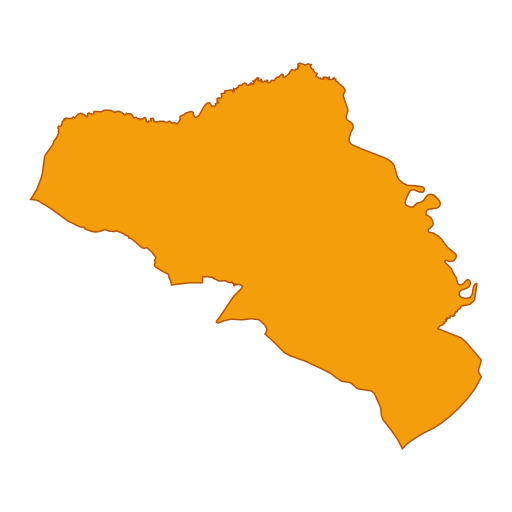 At Samat, Roi Et, Thailand
{"feature_id": "78962969B71289419444255", "entity_name": "At Samat", "entity_type": "district", "adm_level": 2, "iso_a3": "THA", "parent_name": "Thailand", "parent_adm1": "Roi Et", "projection": "mercator", "projection_center": [103.844, 15.828], "detail": "fine", "context": "isolated", "style": "filled", "palette": "amber", "viewbox_px": 512, "rotation_deg": 0, "n_neighbors": 0, "source": "geoboundaries", "source_scale": "gbopen_adm2", "svg_char_len": 5951}
<svg xmlns="http://www.w3.org/2000/svg" viewBox="0 0 512 512"><path d="M337.5,81.7L335.5,80.8L335.8,79.0L334.3,79.1L334.0,77.6L333.0,78.3L332.8,79.2L330.0,79.6L328.3,79.5L329.3,78.3L329.1,77.1L328.1,77.4L327.5,78.1L326.6,78.0L325.9,77.1L323.5,77.2L323.2,77.6L323.9,78.6L323.4,79.2L320.8,78.7L320.5,78.1L319.4,78.4L318.9,77.8L315.8,76.4L317.2,73.6L314.7,72.5L313.4,69.6L311.2,68.4L311.2,67.6L310.4,66.6L311.4,64.6L307.7,63.9L305.5,65.0L300.0,63.2L298.8,63.5L297.9,64.4L297.9,65.2L299.3,66.0L298.8,66.7L297.5,67.1L297.9,68.1L297.7,69.2L295.8,69.1L294.8,70.5L291.7,69.6L289.6,72.1L289.0,73.7L284.7,77.3L283.0,77.0L283.2,74.8L282.3,74.2L280.2,75.5L278.8,77.1L276.8,77.2L274.4,80.6L271.8,80.2L270.1,82.2L268.9,82.7L267.6,82.5L267.7,80.8L267.0,80.1L266.4,80.4L266.0,81.6L264.7,81.1L263.8,82.1L261.6,82.2L261.3,81.6L261.9,80.7L261.2,79.4L260.6,79.4L259.6,81.0L258.2,80.7L257.9,79.9L259.1,78.2L257.6,77.8L256.6,78.3L256.4,79.5L255.3,79.5L255.3,80.9L252.9,81.0L253.1,81.7L254.1,82.3L253.8,83.9L251.5,83.7L251.1,82.9L250.4,83.4L250.5,84.7L249.5,84.4L249.0,85.0L246.9,85.3L246.2,83.7L244.8,82.9L242.8,84.0L241.7,85.5L240.0,85.1L238.5,85.8L238.2,87.5L236.8,87.9L236.3,89.1L235.2,88.7L234.2,89.1L233.7,88.7L233.5,89.3L234.2,89.8L234.2,91.3L233.3,91.7L232.7,91.6L232.6,90.4L231.1,89.9L224.8,91.0L224.8,93.2L221.8,93.5L221.1,94.0L222.0,96.3L221.2,97.6L220.4,98.2L219.4,98.0L218.7,98.5L218.1,98.0L217.1,98.6L216.9,99.9L217.7,100.6L217.1,101.7L218.4,102.6L215.5,103.8L215.6,105.2L214.7,106.2L214.2,106.5L213.2,106.0L211.9,106.5L209.7,102.8L207.4,103.0L205.1,105.0L203.8,106.9L199.1,115.3L196.3,117.4L195.3,117.4L194.5,116.8L193.3,114.3L193.4,112.6L191.7,111.6L190.8,111.5L185.2,113.3L184.6,114.6L183.1,114.7L181.8,115.8L180.1,116.3L179.8,117.4L180.5,118.8L178.2,122.8L176.9,123.9L174.2,122.6L171.5,123.4L171.0,122.3L169.6,121.1L166.5,122.5L163.5,121.3L159.8,121.2L156.2,122.3L154.8,121.4L153.7,121.3L153.6,119.2L152.8,118.4L150.5,118.5L151.2,120.7L150.5,121.2L149.0,121.0L148.4,122.0L147.7,122.3L146.3,121.5L146.1,119.0L145.3,117.7L144.4,117.6L142.2,119.0L140.9,118.9L139.5,119.7L138.8,118.4L137.5,118.6L136.0,117.3L134.1,118.0L132.8,116.5L132.6,115.3L130.5,113.6L128.2,113.9L126.4,113.3L125.6,114.6L124.6,114.7L121.2,112.2L118.3,111.2L114.8,112.3L110.8,110.4L106.7,110.1L103.7,110.4L101.6,111.8L94.7,111.4L93.8,112.0L94.3,112.8L93.5,113.8L92.7,114.1L89.7,113.8L88.9,112.8L87.7,113.6L87.4,116.4L86.6,117.0L84.4,114.7L80.4,113.3L78.1,114.1L74.7,117.8L73.2,116.9L71.8,118.4L68.9,118.6L66.2,118.0L64.9,118.7L65.0,119.5L63.9,119.3L63.4,120.8L62.1,121.8L62.3,123.3L60.8,126.2L58.6,126.2L57.8,128.0L58.7,129.0L58.3,131.1L58.8,132.2L58.2,134.3L56.4,138.0L53.5,141.6L53.7,142.5L52.3,145.2L45.4,154.9L44.4,157.6L42.4,173.2L40.7,179.5L36.9,189.1L30.7,199.4L36.4,200.1L40.2,202.0L50.5,208.3L67.5,220.7L79.4,226.6L81.6,227.3L84.1,227.4L85.0,228.8L86.9,229.7L91.6,231.4L95.3,232.0L98.5,231.7L105.1,229.6L108.7,231.0L113.1,231.5L114.8,231.5L116.3,230.8L122.8,233.3L124.9,234.9L128.4,236.3L128.7,237.9L131.6,238.8L141.2,247.2L143.5,248.3L146.9,247.7L151.4,251.5L155.8,257.2L155.3,259.2L154.5,260.3L155.4,262.6L154.3,264.4L154.6,266.0L156.0,267.3L161.8,270.9L168.3,274.3L169.0,277.3L170.5,280.5L171.5,285.0L189.2,282.8L202.1,282.8L202.5,282.3L202.6,277.8L203.3,276.4L204.9,277.0L207.6,276.5L210.3,277.4L212.1,276.9L212.7,277.8L213.6,277.8L213.8,278.7L214.5,278.6L215.0,279.1L217.0,279.7L217.3,280.4L218.6,281.0L225.7,280.7L227.0,281.8L230.8,282.8L231.7,281.9L232.5,283.2L233.6,283.6L233.8,285.4L234.2,285.8L234.9,285.5L234.9,284.2L235.3,284.0L236.7,284.7L238.7,284.4L241.6,285.3L242.3,286.1L241.5,288.4L233.6,296.4L219.9,316.8L216.5,321.0L216.4,322.2L218.1,323.1L224.1,320.7L230.7,319.2L242.2,319.8L251.3,318.7L258.5,319.6L259.9,320.4L264.9,325.1L266.7,328.2L266.8,330.2L266.1,332.4L265.0,334.0L271.8,340.0L284.6,352.8L290.2,355.8L305.9,361.4L325.7,370.8L330.7,373.4L336.4,377.8L341.8,381.3L349.6,382.4L352.2,384.1L356.9,388.2L359.3,389.1L371.5,390.9L374.5,393.7L380.2,406.7L380.9,408.5L381.3,415.2L383.0,419.6L390.7,429.5L398.0,440.0L402.4,448.8L406.7,444.2L413.6,439.1L421.3,434.2L433.4,428.2L441.0,423.4L451.1,415.3L458.8,408.1L467.7,398.2L474.6,389.3L481.3,377.0L478.5,371.8L478.8,368.6L480.7,362.9L481.1,359.8L466.2,342.3L461.2,337.9L438.0,328.7L439.6,326.1L442.6,325.0L442.9,324.3L444.5,323.4L444.1,322.2L445.8,321.7L446.3,320.9L445.7,319.8L447.1,319.5L446.7,318.0L448.8,318.3L450.0,317.9L450.0,316.2L450.7,315.7L452.8,316.4L453.7,316.1L453.8,315.1L454.7,315.3L454.7,313.2L455.5,312.9L455.7,311.8L457.2,311.8L457.6,310.3L460.5,307.9L461.3,306.1L470.1,304.3L474.6,300.0L476.9,284.0L476.8,283.5L475.3,284.0L473.6,286.0L472.2,294.3L470.3,297.3L467.4,298.2L464.4,298.2L462.0,297.7L460.1,296.4L459.0,294.3L459.6,291.6L461.3,290.2L466.4,288.3L469.2,286.6L470.4,283.9L469.8,280.7L468.5,279.7L466.6,280.0L463.4,283.6L461.7,284.7L459.7,284.8L457.9,283.8L456.3,277.9L452.6,271.7L451.3,268.6L445.5,262.8L444.8,261.5L445.1,260.6L445.9,260.3L449.9,261.5L453.7,260.8L455.9,257.9L456.3,255.8L455.8,254.1L447.6,247.4L441.2,238.9L438.5,236.2L433.3,233.1L428.8,232.1L428.2,231.4L428.2,229.9L432.4,225.9L433.0,224.7L433.1,222.9L432.4,220.4L431.0,218.1L429.4,216.5L426.1,214.6L426.0,212.3L427.0,210.5L428.9,209.2L436.5,208.2L438.8,207.0L439.9,205.3L440.2,203.4L439.8,201.5L438.3,199.4L433.9,195.0L431.3,194.3L429.3,194.4L427.1,195.6L423.3,200.7L421.3,201.9L416.7,203.3L413.3,206.8L410.7,207.1L406.5,205.5L405.5,204.2L405.2,202.8L406.0,199.2L408.5,193.4L410.3,190.7L411.5,190.0L413.6,189.8L419.1,191.9L422.2,192.2L423.2,191.9L424.1,190.6L424.4,189.3L423.9,187.9L422.6,186.9L420.6,186.5L414.3,185.6L407.7,185.4L403.0,183.2L399.9,180.5L397.6,177.4L394.2,165.8L392.3,162.9L389.2,160.2L384.9,157.9L362.0,149.1L352.4,144.9L350.4,143.3L349.4,141.6L349.1,138.3L350.6,133.0L353.0,128.3L353.0,125.3L351.7,123.0L347.1,119.9L346.1,117.5L346.2,116.1L347.9,111.3L347.8,109.4L343.1,95.6L343.4,94.3L345.0,91.5L345.0,89.5L342.9,86.7L338.8,83.6L337.5,81.7Z" fill="#f59e0b" stroke="#b45309" stroke-width="1.5"/></svg>